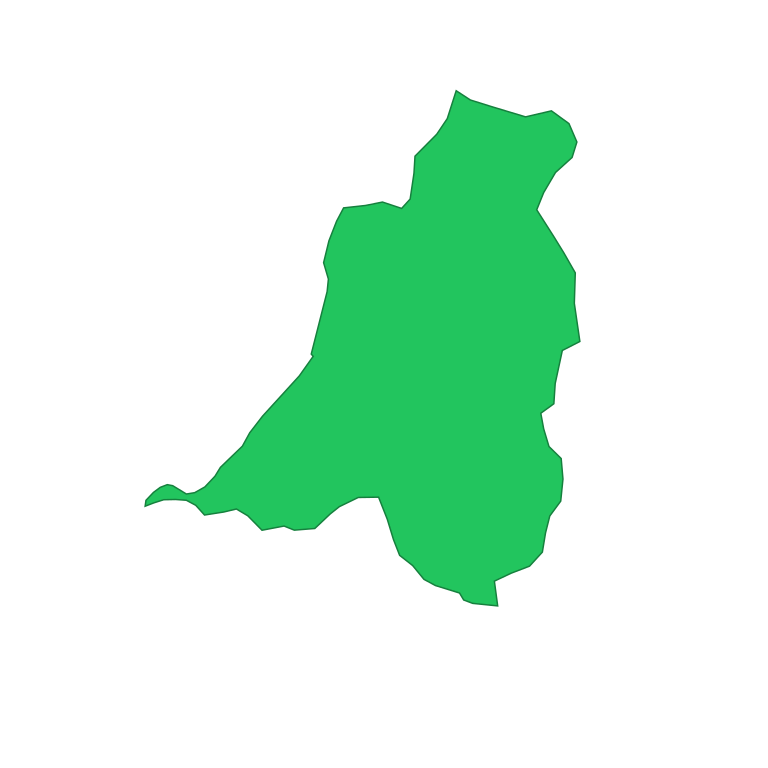 Boseong-gun, South Jeolla, South Korea, rotated 159°
{"feature_id": "91817680B27152027053647", "entity_name": "Boseong-gun", "entity_type": "district", "adm_level": 2, "iso_a3": "KOR", "parent_name": "South Korea", "parent_adm1": "South Jeolla", "projection": "orthographic", "projection_center": [127.199, 34.814], "detail": "fine", "context": "isolated", "style": "filled", "palette": "green", "viewbox_px": 768, "rotation_deg": 159, "n_neighbors": 0, "source": "geoboundaries", "source_scale": "gbopen_adm2", "svg_char_len": 1263}
<svg xmlns="http://www.w3.org/2000/svg" viewBox="0 0 768 768"><g transform="rotate(159 384 384)"><path d="M185.9,353.5L177.4,391.1L165.6,419.2L169.1,441.9L172.7,461.0L179.0,491.9L166.3,505.5L148.1,520.0L127.2,528.1L117.2,540.8L118.0,560.8L129.8,579.0L156.2,582.7L184.3,604.5L201.6,618.2L211.5,631.9L229.8,609.1L245.2,598.3L273.4,585.6L280.5,570.0L293.3,547.3L304.6,541.6L320.2,554.4L337.3,557.3L358.6,562.9L369.9,553.0L384.1,537.4L396.9,518.9L398.3,501.9L404.0,490.6L441.2,438.0L440.2,435.2L460.2,421.9L508.9,397.5L526.8,386.6L538.5,376.7L555.8,369.4L566.6,364.8L574.8,358.5L588.1,352.1L599.7,350.4L607.9,352.1L617.7,364.8L622.4,367.7L629.9,367.7L638.1,365.4L647.9,360.7L650.8,355.5L641.5,355.5L631.1,354.9L620.0,350.9L610.2,346.3L603.2,338.2L598.5,326.0L579.4,321.9L566.6,320.2L558.4,309.8L550.3,291.2L528.2,287.2L520.1,279.7L500.4,273.9L480.7,282.0L469.6,285.5L448.7,287.3L429.6,280.3L429.4,256.6L430.9,235.4L430.8,218.4L422.3,204.2L416.7,187.3L408.2,177.4L388.4,161.8L387.0,153.8L379.8,147.4L357.4,136.1L351.6,160.4L333.2,161.8L313.4,161.8L296.4,170.3L286.5,187.2L276.5,201.4L261.0,211.3L251.0,231.1L245.3,250.9L252.4,266.5L251.0,284.9L248.1,300.5L232.5,304.7L224.0,323.1L205.5,351.4L185.9,353.5Z" fill="#22c55e" stroke="#15803d" stroke-width="1.5"/></g></svg>